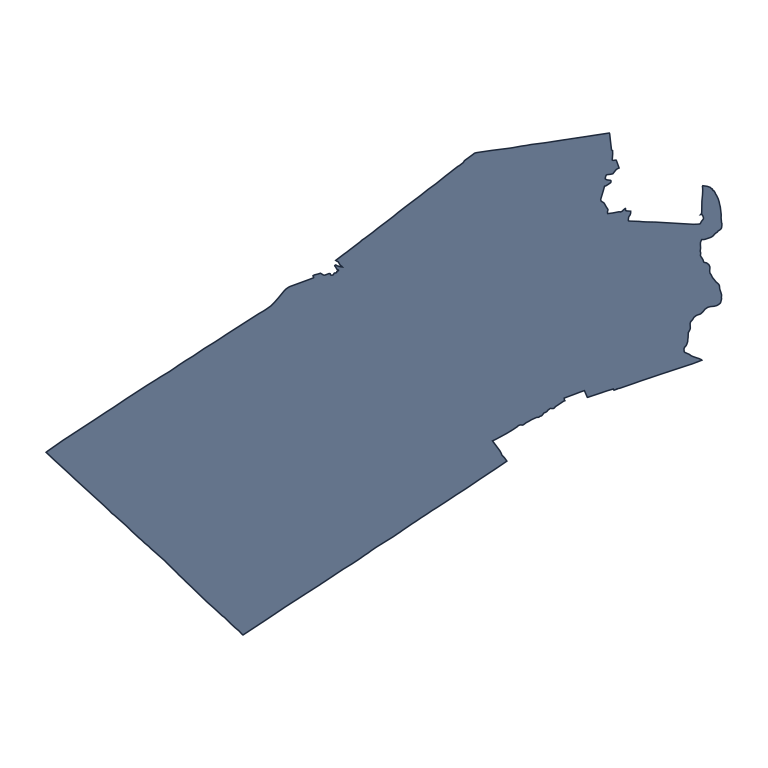 the district of Crampoia, Olt, Romania
{"feature_id": "2599482B54660025381406", "entity_name": "Crampoia", "entity_type": "district", "adm_level": 2, "iso_a3": "ROU", "parent_name": "Romania", "parent_adm1": "Olt", "projection": "robinson", "projection_center": [24.737, 44.294], "detail": "fine", "context": "isolated", "style": "filled", "palette": "slate", "viewbox_px": 768, "rotation_deg": 0, "n_neighbors": 0, "source": "geoboundaries", "source_scale": "gbopen_adm2", "svg_char_len": 6100}
<svg xmlns="http://www.w3.org/2000/svg" viewBox="0 0 768 768"><path d="M243.0,635.0L267.5,618.9L285.3,606.9L298.7,598.3L305.0,594.2L319.8,584.8L321.5,583.6L324.3,581.8L343.3,569.1L344.7,568.3L348.3,566.1L351.8,564.0L358.2,559.8L364.4,555.4L368.0,553.1L371.0,550.8L376.4,547.1L393.3,536.7L396.6,534.4L400.1,532.1L402.1,530.6L412.5,523.5L415.7,521.5L420.9,517.9L426.9,514.1L432.1,510.5L436.4,507.9L448.1,500.3L456.0,495.0L466.2,488.5L480.6,478.7L497.1,467.8L506.9,461.1L504.5,457.8L502.1,455.3L501.6,454.5L501.4,453.6L499.9,450.8L492.5,440.9L496.0,439.2L506.9,433.3L513.3,429.4L517.4,426.6L517.9,426.0L519.0,425.3L520.5,424.9L522.6,425.1L522.9,425.0L523.5,424.7L526.3,422.6L528.7,421.4L531.5,419.7L534.6,418.3L536.6,417.4L538.6,417.3L539.3,416.9L539.9,416.3L541.2,416.0L541.8,415.6L542.2,415.2L544.0,412.9L544.6,412.6L545.3,412.5L546.6,411.7L547.0,411.4L547.9,410.2L550.0,408.6L550.4,408.4L550.8,408.4L551.9,408.6L553.5,408.5L554.3,408.0L555.5,406.6L563.4,401.3L564.9,400.7L564.4,399.9L564.2,398.1L580.1,392.1L584.4,390.6L587.3,397.3L587.6,397.4L607.5,390.7L613.3,389.0L614.0,390.2L617.1,389.1L617.1,388.8L619.6,388.3L620.6,388.0L634.5,383.2L640.6,381.0L657.3,375.4L659.6,374.6L675.7,369.3L689.7,364.7L691.7,364.1L701.9,360.2L701.5,359.7L698.9,358.5L696.9,357.9L692.6,356.4L690.9,355.6L690.2,355.0L689.2,354.3L687.1,353.4L686.7,353.3L686.1,352.9L685.2,352.6L684.8,352.3L684.2,351.7L684.0,349.3L684.0,348.7L684.5,347.6L684.5,347.3L685.5,346.4L686.1,345.6L686.7,344.5L687.7,341.6L687.8,339.5L688.1,337.5L688.3,332.5L688.9,331.7L689.1,331.2L689.8,329.9L690.2,328.8L690.3,328.4L690.3,327.3L690.1,323.5L690.4,322.7L690.5,322.1L690.6,321.8L692.2,320.1L693.0,319.0L693.7,317.7L693.9,317.4L696.0,315.7L697.4,315.0L700.0,314.2L700.5,313.9L701.1,313.5L703.1,311.6L705.0,309.2L706.9,307.9L707.8,307.3L710.4,306.6L714.0,306.3L716.7,305.6L718.0,304.9L719.3,304.0L720.3,303.1L720.6,302.6L721.1,300.8L721.6,298.8L721.4,297.5L721.6,295.3L721.6,294.9L721.2,293.5L721.0,292.7L720.0,289.8L719.7,288.7L719.5,286.3L719.3,285.3L718.8,284.5L718.5,284.1L717.3,283.0L716.0,281.9L714.2,279.6L713.0,278.2L712.3,277.2L711.1,274.7L710.0,273.2L709.7,271.4L709.7,270.5L709.9,268.2L709.9,266.9L709.1,265.1L708.8,264.6L708.2,264.1L706.6,262.9L704.4,262.4L703.7,262.0L703.4,261.2L703.1,260.0L701.9,257.9L701.0,256.7L700.4,255.5L700.7,253.3L700.6,252.4L700.2,251.2L700.6,248.1L700.4,244.3L700.5,242.3L700.8,241.5L701.5,240.0L701.8,239.5L703.3,239.6L704.8,239.4L710.7,237.4L711.8,236.8L712.7,236.2L713.6,235.4L714.3,234.4L715.9,233.0L717.3,232.1L718.1,231.0L718.5,230.7L719.6,230.1L720.9,229.0L721.3,228.4L721.6,227.7L721.9,225.3L721.9,223.8L721.9,223.4L721.5,222.6L721.4,220.6L721.3,220.0L721.1,217.7L721.2,215.8L721.2,214.5L720.3,206.8L719.6,204.2L719.2,202.0L718.2,198.8L716.5,195.3L715.7,194.2L715.1,192.7L714.6,191.9L714.3,191.3L713.6,190.6L713.0,190.5L712.3,188.9L711.6,188.8L710.3,187.4L707.2,186.3L702.8,185.7L702.4,186.6L702.6,187.6L702.7,190.6L702.5,194.9L701.9,201.1L701.7,211.9L701.6,213.3L701.3,213.8L700.6,214.6L701.9,214.4L702.8,215.8L703.4,217.5L703.5,218.1L703.4,218.6L703.3,219.1L702.9,219.6L701.5,221.3L700.5,223.2L700.1,223.7L699.5,224.0L697.1,224.2L693.2,224.3L655.5,222.1L645.9,221.9L642.3,221.7L639.4,221.4L630.1,221.1L628.6,220.9L628.4,220.7L628.3,220.0L628.6,217.4L628.9,216.7L629.3,216.0L629.8,215.4L630.2,214.7L630.6,213.4L630.7,212.9L630.7,211.2L626.7,210.9L625.6,210.5L625.5,208.5L625.3,208.4L623.3,210.0L622.4,211.1L620.5,212.0L620.1,211.8L618.7,211.8L612.6,213.0L608.6,213.5L607.7,213.6L607.5,213.0L607.5,212.4L607.5,211.6L607.9,210.2L608.0,209.8L607.7,209.0L606.2,206.8L605.0,204.6L604.3,203.4L603.7,202.7L602.3,201.9L601.1,201.0L600.8,200.0L600.7,199.4L603.4,190.4L604.5,186.3L604.9,186.0L605.6,186.0L607.1,185.1L609.8,183.3L610.7,182.6L610.9,182.2L611.0,181.7L611.0,181.1L610.9,180.6L610.5,180.3L607.1,179.9L605.9,179.3L605.3,178.9L605.2,178.5L605.3,177.9L605.6,176.7L606.1,175.3L606.9,174.7L610.5,174.3L612.8,173.8L616.1,169.7L617.5,168.7L619.1,168.0L617.0,162.1L616.5,160.8L616.1,160.1L615.5,160.1L613.2,160.4L612.7,160.3L612.3,160.1L612.2,159.3L612.4,158.1L612.7,153.7L612.6,151.4L612.7,150.8L611.5,149.8L610.4,140.4L609.7,133.8L609.3,133.0L564.2,139.8L544.1,142.9L531.1,144.5L526.5,145.4L521.3,146.1L512.7,147.7L509.3,148.2L491.7,150.4L476.7,152.6L475.8,152.8L474.5,153.2L473.0,154.4L465.3,160.0L464.3,160.8L464.0,161.5L463.0,162.8L460.9,164.4L459.5,165.5L457.7,166.5L456.3,167.6L452.4,170.6L450.7,172.0L445.6,175.9L436.0,183.7L428.2,189.3L420.6,195.4L405.4,206.8L398.3,212.3L393.3,216.5L386.5,221.7L381.9,225.1L377.7,228.3L372.8,232.3L364.7,238.3L362.1,240.0L360.1,241.9L350.5,249.2L346.8,252.1L344.1,254.0L335.7,260.4L336.7,261.1L338.2,261.8L340.0,264.8L340.6,265.5L341.8,266.3L342.4,267.0L340.7,266.8L338.6,266.3L338.4,266.1L337.4,265.9L335.8,264.9L334.9,265.4L334.7,265.6L334.8,266.0L335.5,266.8L336.8,269.1L337.2,269.5L338.0,269.8L338.4,270.1L338.5,270.5L338.2,270.8L337.1,271.2L336.8,271.5L336.8,272.1L336.6,272.5L335.8,272.9L334.5,273.0L334.2,273.2L333.2,274.8L332.5,275.1L331.5,275.2L330.8,275.0L330.5,274.7L330.2,273.7L329.4,273.5L328.8,273.6L327.3,274.2L324.9,275.1L324.1,275.2L323.4,275.0L321.3,273.7L320.4,273.2L318.4,273.9L314.4,274.9L313.0,275.7L313.2,276.5L313.7,277.1L313.5,277.8L309.6,279.3L290.0,286.5L288.6,287.2L286.0,289.0L284.2,290.8L278.2,298.1L274.5,302.3L271.6,305.2L270.8,306.0L269.8,306.7L266.1,309.3L263.5,311.0L258.9,313.6L242.3,324.2L226.2,334.5L219.5,339.0L214.4,342.3L204.2,348.5L193.1,356.1L185.6,360.6L178.3,365.4L176.4,366.8L169.7,371.4L160.3,377.0L155.8,379.9L146.9,385.4L126.5,398.6L113.2,407.6L106.7,411.7L93.9,420.2L63.0,440.3L48.0,450.8L46.1,452.3L54.8,460.5L68.5,473.0L75.6,479.7L98.1,500.2L103.2,504.8L109.5,510.8L111.4,512.9L112.3,513.7L114.1,515.0L126.1,525.6L129.7,529.1L131.4,530.9L139.2,538.1L141.4,539.9L144.7,543.1L148.8,546.4L151.0,548.7L156.3,553.3L158.5,555.3L164.6,560.6L166.9,563.0L177.1,573.0L178.6,574.7L183.8,579.5L185.6,581.4L191.9,587.3L194.0,589.4L206.6,601.6L208.7,603.5L213.4,607.6L222.1,615.7L222.8,616.2L224.5,617.4L231.2,624.1L235.1,627.7L239.0,630.9L241.8,634.0L243.0,635.0Z" fill="#64748b" stroke="#1e293b" stroke-width="1.5"/></svg>